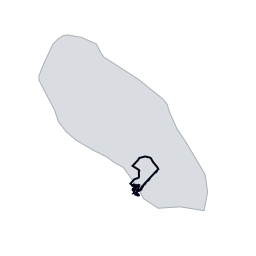 74, Al Khawr, Qatar (highlighted), rotated 133°
{"feature_id": "91078587B87151067735171", "entity_name": "74", "entity_type": "district", "adm_level": 2, "iso_a3": "QAT", "parent_name": "Qatar", "parent_adm1": "Al Khawr", "projection": "equal_earth", "projection_center": [51.544, 25.65], "detail": "fine", "context": "in_parent", "style": "outline", "palette": "ink", "viewbox_px": 256, "rotation_deg": 133, "n_neighbors": 0, "source": "geoboundaries", "source_scale": "gbopen_adm2", "svg_char_len": 3675}
<svg xmlns="http://www.w3.org/2000/svg" viewBox="0 0 256 256"><g transform="rotate(133 128 128)"><path d="M137.0,234.0L127.5,236.9L118.5,240.0L111.1,240.0L105.1,238.7L101.1,235.7L93.4,223.8L88.1,208.3L91.4,199.6L92.6,194.2L85.3,153.4L83.0,122.1L83.9,115.7L88.1,108.3L95.1,92.0L98.8,76.3L109.3,40.1L120.4,26.2L136.6,16.0L149.9,35.9L166.1,51.2L169.1,68.3L164.4,82.2L160.0,104.4L162.6,114.6L163.6,123.5L168.0,138.3L172.3,157.6L173.0,171.0L170.7,183.4L165.0,193.9L153.9,225.4L150.6,228.7L137.0,234.0Z" fill="#d9dde1" stroke="#a8b0b8" stroke-width="1"/><path d="M152.6,98.8L151.3,91.8L151.5,90.6L152.3,90.5L156.3,86.6L157.2,86.3L161.2,88.4L167.0,88.3L167.0,88.2L167.1,87.9L167.0,87.7L166.9,87.2L167.0,86.5L167.0,86.3L167.1,86.2L167.2,85.9L167.2,86.0L167.3,85.9L167.3,85.5L167.3,85.4L167.1,85.4L166.9,85.5L166.8,85.4L166.7,85.4L166.8,85.3L166.8,85.2L167.1,85.0L166.8,85.2L166.7,85.1L166.7,85.3L166.3,85.3L166.2,85.2L165.8,85.0L165.7,85.0L165.4,85.2L165.2,84.9L165.2,84.7L165.3,84.5L165.4,84.4L165.3,84.2L165.0,84.2L164.9,83.9L165.0,83.9L164.9,83.9L164.9,83.6L165.0,83.3L165.1,83.1L165.5,83.1L165.6,82.9L165.7,82.5L165.7,82.2L165.8,82.0L165.8,81.9L165.6,81.9L165.2,82.0L164.9,82.0L164.9,81.9L164.6,82.0L164.6,82.3L164.6,82.5L164.4,82.5L164.3,82.4L164.4,82.0L164.4,81.9L164.2,81.8L164.2,81.7L164.1,81.8L164.1,81.7L163.9,81.7L163.7,81.7L163.7,81.8L163.5,81.7L163.6,81.4L163.6,81.5L163.5,81.4L163.4,81.7L163.1,81.6L163.3,81.4L163.2,81.4L163.0,81.6L162.8,81.5L162.6,81.6L162.4,81.4L162.2,81.2L162.1,80.7L162.3,80.6L162.7,80.3L162.9,80.3L163.0,80.2L163.3,80.2L163.4,80.5L163.5,80.4L163.7,80.1L163.8,80.1L164.0,80.0L164.4,79.8L164.5,79.7L164.8,79.5L165.0,79.5L165.2,79.3L165.3,79.3L165.4,79.1L165.5,79.1L165.8,79.1L166.1,79.2L166.1,79.4L166.3,79.4L166.3,79.5L166.6,79.6L166.9,79.5L166.9,79.4L166.9,79.5L167.1,79.6L167.0,79.3L167.1,79.2L167.3,78.9L167.4,79.0L167.3,79.3L167.5,79.3L167.5,79.2L167.6,79.3L167.7,79.5L167.5,79.4L167.3,79.5L167.1,79.6L167.2,79.9L167.4,80.1L167.5,80.1L167.7,80.3L167.9,80.5L168.0,80.8L168.0,81.0L168.0,81.6L168.1,81.8L167.8,81.9L167.6,82.0L167.6,81.8L167.4,81.8L167.4,81.7L167.5,81.8L167.6,81.7L167.6,81.4L167.4,81.4L167.4,81.5L167.2,81.7L167.0,81.8L166.8,81.9L166.8,82.0L166.7,81.9L166.6,82.0L166.6,82.3L166.5,82.2L166.4,82.2L166.4,82.3L166.5,82.4L166.5,82.5L166.8,82.5L167.1,82.5L167.6,82.3L167.9,82.3L168.0,82.7L167.9,82.7L168.0,82.7L168.0,82.8L168.0,82.7L168.0,82.3L168.3,82.4L168.6,82.4L168.8,82.6L168.9,82.8L168.9,83.6L168.9,83.2L169.0,83.1L169.0,82.9L169.2,83.0L169.3,83.1L169.5,83.1L169.6,83.3L169.6,83.2L169.6,83.3L169.6,83.2L169.6,82.9L170.0,82.6L170.1,82.9L170.1,83.0L170.0,82.6L170.1,82.3L170.2,82.1L170.2,81.9L170.2,81.3L170.2,81.1L170.5,81.0L170.1,81.1L170.1,80.9L170.5,80.7L170.5,80.8L170.5,80.7L170.1,80.8L170.1,80.6L170.1,80.4L170.2,80.1L170.2,79.9L170.3,79.9L170.5,79.8L170.6,79.7L171.0,79.6L170.7,79.5L170.7,79.4L170.7,79.2L170.8,79.0L170.8,78.9L170.9,78.7L171.0,78.5L171.1,78.4L171.3,78.5L171.2,78.3L171.2,78.2L171.4,77.5L171.4,77.1L171.5,77.0L171.6,76.9L171.4,76.7L171.1,76.2L170.9,75.9L170.9,75.6L170.9,75.1L170.7,74.7L170.3,74.5L170.2,74.4L169.8,74.1L169.6,74.2L169.6,74.5L169.5,74.8L169.5,76.7L169.8,76.7L169.8,77.4L169.6,77.4L169.6,77.9L166.7,77.9L166.7,77.5L166.0,77.5L166.0,77.1L165.2,77.1L165.2,76.8L165.0,76.4L164.1,76.4L164.1,76.7L163.7,76.7L163.7,77.0L163.1,77.0L163.0,77.5L161.9,77.5L161.9,77.1L161.2,77.1L161.2,77.4L160.7,77.4L160.7,77.8L158.0,77.8L158.0,77.4L157.1,77.4L157.1,77.9L152.9,77.9L152.9,77.5L151.3,77.4L151.3,77.9L141.3,77.9L141.3,77.4L140.4,77.4L140.4,77.9L137.4,77.8L136.7,79.9L135.8,86.5L134.5,90.7L134.7,91.8L137.1,96.0L142.2,99.3L144.4,98.8L152.6,98.8Z" fill="none" stroke="#020617" stroke-width="2"/></g></svg>